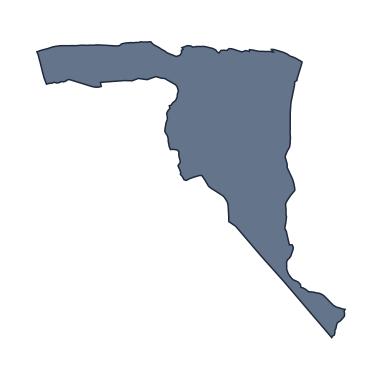 the district of Acaraú, Ceará, Brazil, rotated 355°
{"feature_id": "56859067B6920574376771", "entity_name": "Acaraú", "entity_type": "district", "adm_level": 2, "iso_a3": "BRA", "parent_name": "Brazil", "parent_adm1": "Ceará", "projection": "albers", "projection_center": [-40.098, -3.061], "detail": "fine", "context": "isolated", "style": "filled", "palette": "slate", "viewbox_px": 384, "rotation_deg": 355, "n_neighbors": 0, "source": "geoboundaries", "source_scale": "gbopen_adm2", "svg_char_len": 3932}
<svg xmlns="http://www.w3.org/2000/svg" viewBox="0 0 384 384"><g transform="rotate(355 192 192)"><path d="M313.0,72.0L310.1,69.9L307.8,68.3L305.2,66.8L303.6,66.0L301.8,65.3L298.7,62.8L295.6,61.0L290.0,58.7L285.4,57.0L283.5,56.9L285.1,59.7L282.3,58.8L279.5,58.6L277.3,58.4L274.2,58.0L271.8,57.8L270.0,57.4L265.9,56.2L263.6,55.6L261.6,55.2L261.3,57.0L257.9,55.8L255.9,56.3L254.0,56.8L250.6,55.5L247.9,54.3L246.2,53.6L244.1,52.8L241.3,52.4L239.3,54.0L235.8,53.5L233.1,53.5L231.0,55.9L229.2,54.5L228.0,52.5L225.2,50.8L218.7,48.6L216.1,47.9L214.1,47.9L210.1,47.5L208.1,47.5L205.6,47.8L203.7,46.5L200.1,45.8L197.6,46.5L194.5,47.3L195.6,49.2L193.8,50.0L193.7,52.4L192.1,54.6L188.6,55.6L186.7,55.0L184.8,53.9L181.6,52.4L179.4,51.2L176.9,49.0L174.1,47.2L172.3,45.7L170.8,44.6L169.1,43.5L167.0,42.2L165.2,40.4L164.0,38.7L161.7,38.7L159.6,38.6L157.6,38.4L155.8,38.3L154.1,37.9L151.6,38.4L149.2,38.1L147.1,38.2L144.6,37.9L142.5,37.8L140.0,37.8L137.5,37.9L134.8,38.3L132.4,39.9L129.2,39.9L122.0,38.8L120.1,38.5L117.0,38.1L115.2,37.8L113.0,37.5L110.6,37.3L108.8,37.1L106.7,37.2L103.2,36.8L100.5,36.8L96.8,36.3L94.5,36.1L91.2,36.1L89.0,36.1L87.2,35.9L84.9,35.7L82.2,35.5L79.9,35.3L76.6,35.0L73.2,34.8L68.9,35.0L66.1,35.3L62.5,36.1L60.6,36.6L55.6,37.4L53.2,37.9L51.4,38.4L49.7,38.7L50.7,41.9L51.5,46.9L52.0,49.5L53.5,59.2L54.6,65.5L56.4,71.9L59.0,71.4L62.4,71.3L64.3,70.6L66.5,71.6L69.2,71.5L71.7,70.6L73.5,71.1L75.9,70.6L77.9,69.3L79.9,69.4L101.0,78.0L103.7,78.9L105.5,79.2L107.7,79.4L110.8,79.0L110.5,76.7L110.4,74.8L134.3,75.1L142.2,76.0L148.3,74.2L157.2,76.2L165.9,73.9L168.4,74.8L171.8,76.1L174.4,76.4L185.0,83.7L186.3,85.8L186.8,87.9L187.2,90.4L185.9,93.3L185.6,95.8L184.7,97.5L183.6,99.5L181.4,100.8L180.1,101.9L178.8,103.7L176.9,104.0L177.2,106.8L175.0,109.1L173.6,111.5L173.9,114.4L173.8,117.7L172.7,119.5L172.0,121.5L171.5,123.4L170.7,126.3L170.2,128.9L170.8,130.9L172.1,133.1L172.7,135.2L172.9,137.7L172.7,139.7L173.0,141.6L173.2,144.6L174.2,147.9L176.6,147.8L178.3,148.2L180.8,148.8L182.4,150.6L182.1,153.3L182.2,156.4L182.9,159.1L182.8,161.7L181.6,163.0L180.3,164.6L180.9,166.4L181.8,168.8L182.4,171.5L182.0,173.6L183.5,175.4L184.3,177.3L185.2,179.2L187.4,180.0L190.8,178.5L195.0,177.4L196.7,177.1L200.3,176.3L203.2,176.3L204.3,178.4L205.6,180.6L206.7,182.9L207.8,185.1L208.6,186.9L209.8,188.6L211.5,190.1L213.5,191.6L215.8,193.3L217.5,194.7L219.0,195.8L220.4,196.9L222.1,198.2L223.7,200.0L225.1,202.6L226.4,205.4L226.8,208.6L226.7,212.0L226.6,214.9L226.5,218.0L226.4,220.7L226.2,222.7L226.1,224.7L232.5,229.9L254.9,261.3L276.2,289.8L283.3,299.8L301.5,325.4L303.1,327.6L318.5,349.2L319.6,347.7L321.3,346.9L322.1,344.7L322.2,342.5L323.4,340.6L324.2,338.1L325.0,335.4L326.6,334.3L328.6,333.3L330.4,331.6L333.0,329.0L333.4,326.6L333.1,324.2L334.3,322.2L331.9,321.7L329.8,320.7L327.9,320.0L325.6,319.1L323.0,317.2L321.3,315.2L319.8,313.5L318.3,311.5L316.3,309.1L314.6,307.1L312.4,305.2L309.5,303.8L307.3,303.4L304.9,302.5L302.0,301.9L299.7,301.6L297.9,300.1L296.6,298.8L294.2,297.2L292.2,296.5L291.9,293.5L290.1,291.1L287.7,289.6L285.3,288.3L283.8,286.8L282.0,284.0L280.7,281.5L280.0,279.0L279.6,276.7L279.9,273.8L280.0,271.7L280.2,269.8L281.3,267.9L283.1,266.4L284.6,264.9L285.6,262.7L286.4,260.9L287.6,258.4L288.1,255.8L287.2,253.4L284.4,253.0L283.5,246.7L283.1,243.9L282.5,239.2L281.3,236.7L281.7,234.4L282.7,231.1L283.2,228.7L284.0,225.0L283.7,222.1L284.0,219.1L284.2,217.3L284.1,213.3L284.4,211.4L286.2,208.7L290.2,203.7L291.5,202.4L294.5,199.5L294.7,197.5L294.5,195.5L294.3,193.1L293.8,190.2L292.8,186.4L291.3,182.5L290.2,179.3L289.0,176.1L289.2,172.4L288.7,169.4L287.8,165.1L288.7,163.0L290.1,160.2L293.1,155.8L294.0,152.5L294.4,148.7L294.8,146.9L294.9,140.8L295.3,138.7L295.5,135.6L296.2,128.4L296.7,122.4L297.3,118.2L297.6,116.4L298.1,113.1L298.8,110.0L299.5,107.9L300.0,106.2L300.8,103.5L302.5,97.7L303.5,94.2L303.9,91.2L306.2,90.1L306.8,87.8L312.0,75.0L313.0,72.0Z" fill="#64748b" stroke="#1e293b" stroke-width="1.5"/></g></svg>